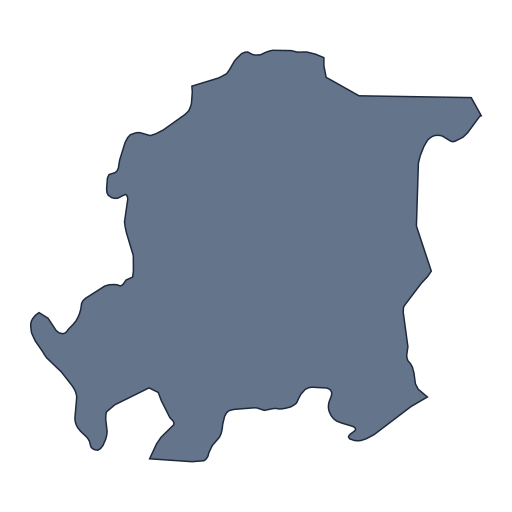 the border of Yaracuy
{"feature_id": "VEN-36", "entity_name": "Yaracuy", "entity_type": "State", "adm_level": 1, "iso_a3": "VEN", "parent_name": "Venezuela", "parent_adm1": "", "projection": "orthographic", "projection_center": [-68.813, 10.294], "detail": "fine", "context": "isolated", "style": "filled", "palette": "slate", "viewbox_px": 512, "rotation_deg": 0, "n_neighbors": 0, "source": "natural_earth", "source_scale": "10m", "svg_char_len": 2902}
<svg xmlns="http://www.w3.org/2000/svg" viewBox="0 0 512 512"><path d="M471.2,97.6L481.3,115.8L479.7,116.3L467.6,132.8L463.0,137.2L454.9,141.3L452.7,141.7L450.6,141.1L442.8,136.3L440.4,135.5L437.7,135.3L435.0,135.5L432.6,136.3L430.7,137.5L428.9,138.9L427.4,140.5L424.0,146.2L420.3,155.5L418.4,163.1L416.4,226.0L431.3,271.1L427.6,276.6L421.3,283.3L404.7,305.2L403.5,307.3L403.2,312.1L407.9,346.7L406.7,355.2L407.0,358.1L407.9,360.7L410.5,363.7L412.4,367.1L414.0,373.3L415.4,383.8L418.2,389.2L427.4,397.0L411.2,406.4L374.1,434.6L366.4,438.7L361.1,440.5L357.9,440.8L354.4,440.5L349.6,438.8L348.5,436.9L349.2,435.2L350.8,433.7L352.7,432.4L354.4,431.1L355.6,429.8L355.3,428.2L353.8,426.9L351.5,426.0L341.5,423.0L336.9,421.2L335.0,419.9L333.3,418.4L331.9,416.7L330.6,414.7L329.6,412.5L328.8,410.2L328.4,407.6L328.5,404.7L329.0,402.1L331.5,395.4L331.7,393.4L331.7,392.4L331.3,391.5L330.5,390.1L328.9,388.9L326.7,388.0L311.9,387.2L308.7,387.7L305.3,389.3L301.0,394.1L299.1,397.5L296.5,403.0L294.2,404.9L290.5,407.0L285.3,408.3L281.6,408.9L278.3,408.9L276.0,408.4L273.0,408.6L264.3,410.4L256.8,407.9L254.1,407.8L234.0,409.4L228.9,410.7L226.6,412.8L224.6,416.3L222.7,424.3L222.2,429.0L221.1,433.6L219.4,437.3L212.3,445.5L208.8,452.8L208.1,455.9L207.2,457.5L205.8,459.4L204.0,460.7L192.0,461.7L149.6,458.8L156.5,444.0L161.0,437.3L173.8,424.7L173.9,422.7L173.0,420.9L169.9,417.7L161.3,400.6L158.2,392.4L149.0,387.9L114.8,404.8L106.5,411.9L105.9,414.6L105.7,419.2L107.1,431.2L106.8,434.8L105.8,438.9L103.0,445.4L100.6,448.5L97.9,450.2L94.6,449.7L92.5,448.6L91.2,447.3L90.6,445.9L89.5,441.5L88.4,439.4L87.1,437.5L80.5,431.2L77.7,427.7L76.6,425.6L75.7,423.4L75.1,420.9L74.9,418.0L76.7,397.6L76.5,395.1L75.7,392.3L74.7,389.9L72.4,386.1L61.3,371.9L46.6,357.8L44.0,354.0L42.9,352.0L35.4,341.2L32.1,334.2L31.4,332.1L30.7,326.2L30.8,324.0L31.0,322.5L31.7,320.5L32.7,318.6L35.5,315.2L39.0,312.6L48.0,318.2L56.2,330.6L59.3,333.0L63.1,333.7L65.3,332.9L66.6,331.7L68.7,328.9L73.4,324.1L76.2,320.6L78.4,316.3L79.4,314.0L80.8,309.0L81.6,303.3L83.1,300.6L85.5,298.3L104.6,286.1L109.0,284.8L114.3,284.5L117.5,284.9L120.3,286.0L122.2,285.1L123.4,283.9L126.1,280.0L132.6,277.1L133.4,271.3L133.3,255.6L126.4,232.6L125.1,226.5L124.5,221.8L127.8,198.8L127.1,195.9L125.9,194.5L124.0,195.0L117.8,198.2L115.0,198.4L111.8,197.7L108.2,195.2L106.9,192.5L106.6,189.0L107.4,178.1L109.0,174.6L115.4,172.5L117.3,170.5L118.4,168.0L119.6,160.2L125.1,142.5L127.7,137.6L130.4,134.7L135.0,133.1L137.2,132.6L139.2,132.6L140.8,132.9L150.3,135.6L155.8,133.8L163.2,130.0L184.7,114.7L188.7,110.9L190.6,106.4L191.4,103.9L192.3,92.2L191.9,86.1L218.8,77.9L226.7,73.7L229.3,69.9L234.5,61.0L237.0,58.1L241.6,53.6L245.0,52.2L247.8,52.0L252.2,54.4L255.3,55.1L260.5,54.8L265.7,52.3L269.5,51.0L272.8,50.3L291.3,50.6L297.2,52.1L306.9,52.0L315.9,54.3L323.9,57.7L323.9,65.8L326.1,77.3L359.0,95.8L471.2,97.6Z" fill="#64748b" stroke="#1e293b" stroke-width="1.5"/></svg>